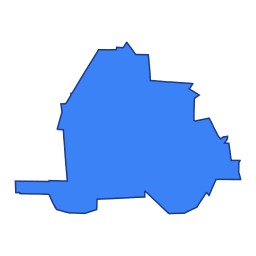 Pecineaga, Constanta, Romania
{"feature_id": "2599482B178784761980", "entity_name": "Pecineaga", "entity_type": "district", "adm_level": 2, "iso_a3": "ROU", "parent_name": "Romania", "parent_adm1": "Constanta", "projection": "mercator", "projection_center": [28.482, 43.893], "detail": "fine", "context": "isolated", "style": "filled", "palette": "blue", "viewbox_px": 256, "rotation_deg": 0, "n_neighbors": 0, "source": "geoboundaries", "source_scale": "gbopen_adm2", "svg_char_len": 4811}
<svg xmlns="http://www.w3.org/2000/svg" viewBox="0 0 256 256"><path d="M15.8,192.6L16.6,192.7L18.6,192.6L19.4,192.5L19.7,192.6L19.9,192.8L19.9,193.6L20.0,193.6L20.6,193.6L21.2,193.7L21.9,193.7L23.1,193.7L24.1,193.7L24.5,193.7L25.4,193.7L27.8,193.8L29.2,193.8L30.2,193.9L31.4,193.9L32.7,193.9L34.1,193.9L35.1,193.9L36.6,193.9L37.1,193.9L38.2,194.0L39.1,194.0L40.3,194.0L42.5,194.1L43.4,194.1L43.5,194.1L44.2,194.1L44.6,194.1L45.2,194.2L46.0,194.2L46.9,194.2L47.6,194.2L48.0,194.3L48.7,194.3L48.8,194.3L49.1,194.8L49.2,195.0L49.6,195.7L49.9,196.3L50.2,197.0L50.4,197.5L50.9,198.6L51.3,199.5L52.0,201.1L53.2,203.5L53.9,204.7L54.3,205.6L54.8,206.7L55.1,207.2L55.2,207.4L55.4,207.3L56.2,209.0L56.5,209.4L56.9,209.6L57.2,209.7L58.9,210.1L62.2,211.0L63.4,211.4L65.1,211.9L66.3,212.2L67.0,212.4L68.4,212.7L68.8,212.7L69.1,212.8L69.6,212.9L69.8,213.0L70.3,213.0L70.3,212.9L70.8,212.9L71.5,212.9L72.1,212.9L72.5,213.0L73.2,213.0L73.7,213.0L74.3,213.0L75.3,213.0L76.3,213.1L77.4,213.1L81.1,213.2L84.5,213.4L84.9,213.4L88.2,212.3L93.1,210.7L96.6,209.6L96.8,207.4L96.9,206.5L96.9,206.3L96.9,203.8L97.0,199.1L97.5,199.1L99.3,199.1L99.6,199.1L101.2,199.0L104.4,198.9L111.8,198.6L117.4,198.3L123.7,198.0L129.3,197.7L130.5,197.6L132.9,197.5L136.5,197.3L139.7,197.2L141.5,197.1L143.3,197.1L144.7,197.0L144.8,197.0L144.7,191.4L144.8,191.4L144.9,191.5L145.1,191.7L145.4,191.3L145.6,191.6L149.1,194.9L152.7,198.3L156.2,201.6L159.0,204.2L162.2,207.3L163.6,208.6L166.1,211.0L167.8,212.6L168.5,213.2L168.8,213.4L169.1,213.5L169.4,213.6L170.3,213.5L172.3,213.5L175.1,213.4L177.9,213.3L180.3,213.3L182.6,213.2L184.3,213.1L184.6,213.1L184.9,213.0L185.2,212.8L185.9,212.5L187.0,211.8L188.1,211.1L188.3,211.3L193.1,208.8L193.4,208.8L193.7,208.8L197.2,206.9L197.2,206.3L197.6,205.9L197.8,205.6L198.0,205.2L198.3,204.8L198.8,204.0L199.3,203.2L199.6,202.9L199.8,202.4L200.0,202.1L200.3,201.7L200.9,200.8L201.4,200.2L201.7,199.6L202.2,198.9L202.8,198.0L203.1,197.5L203.4,197.1L203.9,196.3L205.0,194.5L205.7,193.6L206.0,193.1L206.3,192.8L206.4,192.6L206.6,192.6L206.8,192.7L207.0,192.9L207.3,193.2L207.5,193.5L207.7,193.8L208.0,194.0L208.3,194.6L209.0,195.5L209.1,195.4L209.9,193.5L210.8,191.4L211.7,189.2L212.7,186.9L213.7,184.7L215.0,181.7L215.5,180.6L215.7,180.1L215.9,179.6L216.0,179.7L217.1,179.4L220.2,179.4L221.2,179.4L221.3,179.4L223.1,179.4L224.5,179.4L225.3,179.4L226.8,179.4L228.1,179.4L229.2,179.4L231.5,179.5L233.2,179.5L234.9,179.5L240.6,179.5L240.6,179.2L240.3,178.0L240.1,177.2L239.9,176.4L239.3,174.2L239.2,173.8L239.1,173.4L239.0,173.2L238.8,173.0L238.7,172.8L238.7,172.5L238.7,172.0L238.7,171.5L238.7,170.1L238.7,168.9L238.7,168.1L238.7,167.9L238.8,167.5L238.8,166.8L238.8,166.3L238.8,165.6L238.8,165.2L238.9,163.7L238.9,163.0L239.0,162.3L239.1,162.1L239.2,161.7L239.4,161.3L239.5,161.1L239.7,160.9L239.9,160.9L240.0,160.8L240.1,160.5L239.0,160.4L236.7,160.4L235.6,160.4L235.2,160.4L233.6,160.4L232.7,160.4L231.2,160.5L230.5,155.6L229.9,150.9L229.2,146.1L228.8,143.3L224.5,143.1L226.3,140.6L226.8,140.0L227.3,138.9L227.5,137.6L227.5,136.3L226.7,136.5L226.0,136.6L225.1,136.7L224.0,136.8L223.3,136.9L222.5,137.4L222.1,137.8L221.5,138.4L220.7,138.9L219.8,137.8L219.1,137.1L218.6,136.7L217.4,134.6L216.9,133.5L214.8,129.5L213.1,126.1L211.3,122.2L211.1,121.8L209.2,118.3L209.0,118.1L208.9,118.2L204.4,119.1L202.3,119.5L199.6,120.1L197.1,120.6L195.5,121.0L195.3,121.0L195.1,120.9L194.8,120.7L194.2,120.4L193.9,120.3L194.0,110.5L194.0,110.2L194.2,105.5L194.3,102.3L194.4,98.8L194.4,98.5L194.4,98.4L194.8,98.1L196.7,96.8L199.2,95.1L196.6,93.4L193.9,91.7L190.7,89.9L189.2,88.9L189.7,88.4L190.0,87.9L190.4,87.5L190.5,87.3L190.7,86.9L192.4,84.3L192.8,83.8L192.6,83.6L189.3,83.3L187.3,83.2L184.5,83.0L180.5,82.7L178.6,82.6L176.4,82.4L176.0,82.4L170.5,82.0L168.0,81.9L167.8,82.0L165.9,81.8L164.1,81.7L162.5,81.5L161.2,81.3L160.2,81.3L158.7,81.2L155.6,80.9L154.2,80.7L153.2,80.7L151.6,80.6L150.5,80.5L150.3,80.5L150.0,73.2L149.9,72.0L149.8,71.2L149.6,69.0L149.5,68.3L149.5,67.5L149.1,64.0L149.0,62.3L148.9,60.7L148.8,59.9L148.7,59.1L148.3,54.8L148.2,54.7L146.2,54.7L142.4,54.6L135.7,54.5L134.5,52.9L133.1,50.9L130.3,47.1L128.4,44.5L127.0,42.5L126.6,42.4L125.5,44.2L124.4,46.0L123.6,47.2L123.2,47.5L122.9,47.7L121.9,47.6L117.5,47.4L116.8,47.2L116.2,49.7L107.8,49.8L107.7,49.8L98.6,49.7L96.4,53.4L94.7,56.1L86.8,68.9L85.7,70.6L80.1,79.8L75.1,88.2L72.4,92.6L72.0,93.2L70.8,93.4L70.9,94.2L71.0,95.1L68.4,99.4L66.2,102.9L65.7,103.7L62.8,103.8L61.0,103.9L60.9,103.9L62.0,111.9L61.9,112.4L57.1,129.5L57.2,129.4L63.3,129.7L63.5,132.0L63.8,136.5L63.7,136.7L63.9,138.4L64.0,138.8L64.1,140.3L64.7,148.0L65.1,154.1L65.6,160.7L65.7,161.8L66.0,166.1L66.1,166.3L67.3,181.1L67.2,181.1L65.7,181.0L62.1,181.0L60.8,180.9L54.3,180.7L49.1,180.6L48.9,181.5L32.4,181.3L21.5,181.2L15.4,181.1L15.8,192.6Z" fill="#3b82f6" stroke="#1e3a8a" stroke-width="1.5"/></svg>